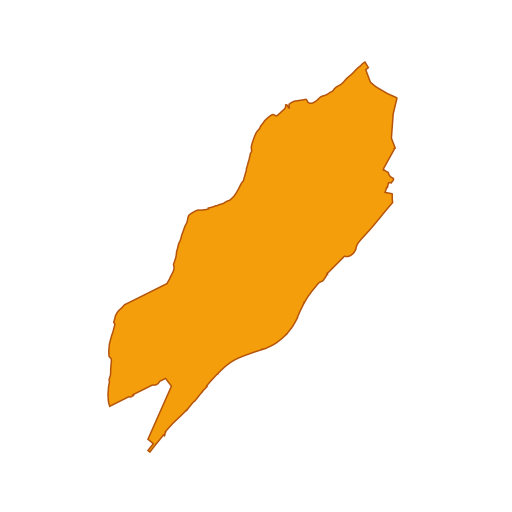 Goes, Zeeland, Netherlands (Natural Earth projection), rotated 306°
{"feature_id": "6326949B11720350341334", "entity_name": "Goes", "entity_type": "district", "adm_level": 2, "iso_a3": "NLD", "parent_name": "Netherlands", "parent_adm1": "Zeeland", "projection": "natural_earth1", "projection_center": [3.836, 51.516], "detail": "fine", "context": "isolated", "style": "filled", "palette": "amber", "viewbox_px": 512, "rotation_deg": 306, "n_neighbors": 0, "source": "geoboundaries", "source_scale": "gbopen_adm2", "svg_char_len": 5877}
<svg xmlns="http://www.w3.org/2000/svg" viewBox="0 0 512 512"><g transform="rotate(306 256 256)"><path d="M379.7,335.1L380.7,334.0L382.8,332.3L384.8,330.9L386.2,329.8L386.1,329.7L386.1,329.2L386.0,328.7L385.8,328.2L385.3,327.3L384.7,325.9L383.3,323.0L388.5,321.4L388.7,322.0L393.1,320.2L394.0,321.2L394.2,321.6L394.6,322.5L396.1,322.4L397.4,322.5L398.2,322.4L398.8,322.2L399.4,321.8L399.5,321.6L399.5,321.3L399.2,318.8L399.3,317.7L399.5,316.9L399.8,316.1L400.2,315.5L401.3,313.8L401.1,312.7L401.0,311.7L400.9,310.8L400.9,309.7L400.6,309.1L400.4,308.9L400.4,308.7L401.0,308.6L401.1,308.0L401.2,307.9L422.9,305.2L423.5,305.1L423.8,304.9L424.0,304.6L424.6,304.8L425.1,305.2L425.3,305.0L425.5,304.6L430.5,296.9L430.9,296.4L431.2,296.1L451.7,283.4L465.8,277.6L466.4,277.3L466.6,277.1L466.7,276.9L466.3,274.5L464.6,266.6L464.6,265.7L464.5,265.1L464.4,264.2L463.8,258.0L463.5,255.1L463.4,252.3L463.8,246.7L464.0,246.3L464.7,245.1L471.2,235.3L474.4,236.2L477.0,230.1L475.6,229.6L474.5,229.3L473.3,229.0L472.1,228.9L471.0,228.7L468.7,228.0L467.6,227.7L466.3,227.6L465.2,227.3L462.8,227.1L459.2,226.5L453.5,225.1L452.3,224.9L449.9,224.7L447.5,224.5L445.2,224.0L444.1,223.6L440.9,222.1L439.8,221.6L437.5,221.1L436.3,221.1L435.0,221.2L433.9,220.8L431.8,219.8L430.7,219.4L429.6,219.0L427.4,218.0L426.4,217.4L425.5,216.5L424.5,215.8L423.5,215.2L422.5,214.7L417.7,213.8L416.5,213.4L415.3,213.0L413.2,212.0L412.4,211.3L411.7,210.6L411.2,209.6L410.8,207.7L411.8,206.0L412.2,204.5L410.8,203.0L409.9,202.3L409.2,201.5L405.5,197.8L404.8,197.0L404.0,196.2L402.0,195.0L400.9,194.5L399.7,194.0L398.2,193.6L396.8,194.6L396.0,195.5L395.3,195.9L395.0,195.5L395.3,194.6L396.3,192.7L396.3,191.9L396.1,191.6L395.9,191.3L395.6,191.2L394.9,191.8L394.1,192.2L393.1,192.5L392.0,192.7L388.3,191.9L384.7,191.2L382.3,190.6L381.2,190.0L380.9,189.1L380.9,188.1L380.7,187.2L380.1,186.2L378.6,185.4L375.0,184.3L373.8,184.1L371.4,183.6L370.2,183.5L367.8,183.6L364.2,183.4L363.0,183.5L361.8,183.9L359.4,183.9L358.2,183.7L357.0,183.7L355.8,183.7L352.5,184.4L351.4,184.7L350.2,185.0L345.6,186.4L341.4,188.1L340.5,188.8L338.8,190.5L337.8,191.0L336.6,191.2L335.3,191.3L334.3,191.8L333.3,192.4L332.1,192.7L331.1,193.2L330.1,193.7L326.7,194.8L324.6,195.7L323.5,196.1L322.4,196.4L321.2,196.8L320.3,197.4L319.3,198.0L317.0,198.7L313.8,200.0L312.7,200.3L310.0,201.4L309.0,201.6L307.2,201.4L304.9,201.6L299.4,202.5L295.0,203.0L291.0,203.0L288.1,202.5L285.9,202.0L285.1,201.6L283.6,200.5L281.1,199.3L279.3,198.7L278.1,197.8L277.8,197.5L276.9,197.0L276.7,196.7L276.0,196.0L275.0,195.6L274.5,195.3L273.8,194.8L272.9,193.8L272.4,193.5L271.5,193.0L270.5,192.4L266.7,189.2L266.1,189.8L265.0,189.0L264.1,188.2L262.8,186.7L261.7,185.7L260.0,183.5L259.3,182.3L258.9,181.9L257.3,180.9L255.9,180.1L255.2,179.8L252.8,178.7L250.6,178.0L249.9,177.9L249.4,177.8L248.9,177.8L248.1,178.0L247.3,178.3L246.6,178.6L245.6,179.1L244.4,179.6L243.4,180.1L243.0,180.2L241.5,180.6L238.4,181.0L234.0,182.3L228.7,183.8L226.9,184.6L224.0,185.6L223.6,185.7L221.9,185.9L220.0,186.4L214.9,188.5L213.1,189.0L212.9,189.2L208.6,191.6L204.4,193.1L200.9,194.1L200.3,194.6L199.2,195.8L198.5,196.6L197.5,197.1L195.8,197.8L194.5,198.2L192.0,198.6L188.4,199.1L186.7,199.6L184.9,199.7L183.7,199.9L181.4,200.2L150.9,184.4L139.3,178.3L136.3,178.0L133.9,177.6L132.1,177.2L130.3,176.9L127.9,177.0L126.7,177.2L125.4,177.3L124.8,177.5L123.3,178.2L118.9,179.8L118.6,180.0L118.4,180.9L118.3,181.2L118.2,181.4L117.4,182.2L116.7,182.5L113.9,183.5L110.7,184.8L106.8,186.0L104.0,187.0L100.3,188.5L99.2,188.9L98.7,189.1L92.8,192.6L92.4,192.9L90.6,194.3L88.8,195.8L88.4,196.2L88.2,196.9L88.1,197.8L88.0,198.6L87.8,199.0L87.6,199.3L86.6,200.3L85.6,201.0L84.4,201.7L81.9,203.2L79.7,204.5L75.7,207.3L74.2,208.2L73.5,208.5L72.3,208.9L70.0,209.6L69.6,209.8L68.4,211.1L66.9,212.0L65.6,212.6L63.1,213.8L59.4,216.2L57.1,217.5L56.2,218.3L53.3,220.6L52.1,221.6L51.2,222.5L49.9,224.1L48.4,226.0L67.5,235.9L67.8,236.6L67.8,236.9L68.1,237.2L68.5,237.6L68.9,237.9L69.1,238.0L70.2,238.2L70.5,238.4L70.8,238.8L71.1,238.9L71.5,238.0L90.5,247.9L92.2,250.1L92.9,250.7L93.6,251.2L94.5,251.5L95.8,251.8L96.9,251.8L97.9,251.7L103.8,254.8L101.0,264.1L44.2,276.3L43.8,283.2L35.1,282.9L35.0,285.4L45.8,285.7L45.8,285.8L56.6,286.3L56.7,287.6L57.6,287.5L57.4,286.8L58.6,286.7L60.5,286.4L60.5,286.0L64.5,286.3L69.2,286.8L71.6,287.1L75.1,287.7L83.2,289.2L85.6,289.6L90.5,290.3L90.3,290.6L96.7,290.9L98.7,291.0L101.4,291.2L102.3,291.7L108.3,292.0L111.5,292.1L113.9,292.3L114.0,292.4L114.9,292.4L115.0,292.2L115.4,292.2L115.4,292.3L121.7,293.1L121.8,292.4L127.3,292.8L132.0,293.3L137.9,294.1L138.2,294.5L138.5,294.6L139.1,294.3L143.8,295.1L148.4,296.0L149.5,296.3L153.9,297.6L157.1,298.8L160.2,300.2L163.7,302.1L167.7,304.6L174.1,308.9L177.7,311.4L183.6,315.7L183.9,315.6L184.1,315.7L183.8,315.9L184.4,316.3L184.6,316.1L184.8,316.3L184.7,316.5L186.9,318.2L187.6,318.5L189.5,319.6L192.6,321.3L194.7,322.3L198.1,323.7L201.4,324.6L203.7,325.3L206.0,325.8L209.4,326.4L209.4,326.5L210.0,326.6L209.9,326.5L213.2,326.8L215.7,326.9L217.9,326.9L217.9,327.0L218.1,327.1L221.8,326.9L226.6,326.4L229.8,325.9L230.0,326.0L231.1,325.6L231.2,325.4L237.1,324.1L240.6,323.5L245.2,322.7L246.5,322.6L246.5,322.4L246.8,322.5L247.0,322.5L247.0,322.3L247.3,322.5L249.9,322.2L253.5,321.9L257.0,321.9L260.6,321.9L268.9,322.4L270.1,322.5L271.2,322.7L271.8,322.8L272.4,323.1L274.6,324.4L275.7,324.7L278.1,324.7L280.5,324.6L283.6,324.0L283.7,323.8L283.9,323.8L284.1,323.8L284.0,324.0L284.3,323.8L284.5,323.9L284.6,324.1L292.5,325.3L307.8,327.7L308.2,328.6L308.6,329.3L308.8,329.7L309.9,330.9L310.7,331.5L311.9,332.2L313.4,332.7L314.5,333.0L315.8,333.2L317.4,333.2L318.8,333.0L319.6,332.8L320.2,332.9L320.6,332.6L321.0,332.3L322.3,331.8L323.5,331.5L324.4,331.2L325.4,331.1L326.6,331.0L327.7,331.0L330.8,331.2L344.4,332.7L349.1,333.1L363.3,334.0L364.6,334.0L371.8,334.5L379.7,335.1Z" fill="#f59e0b" stroke="#b45309" stroke-width="1.5"/></g></svg>